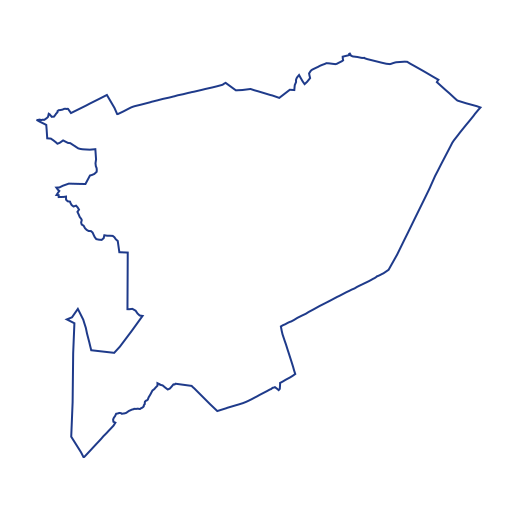 Naivasha, Rift Valley, Kenya, rotated 271°
{"feature_id": "3690345B62093807224644", "entity_name": "Naivasha", "entity_type": "district", "adm_level": 2, "iso_a3": "KEN", "parent_name": "Kenya", "parent_adm1": "Rift Valley", "projection": "mercator", "projection_center": [36.4, -0.881], "detail": "fine", "context": "isolated", "style": "outline", "palette": "blue", "viewbox_px": 512, "rotation_deg": 271, "n_neighbors": 0, "source": "geoboundaries", "source_scale": "gbopen_adm2", "svg_char_len": 5992}
<svg xmlns="http://www.w3.org/2000/svg" viewBox="0 0 512 512"><g transform="rotate(271 256 256)"><path d="M52.0,87.0L52.1,87.8L58.6,93.7L62.2,96.9L65.0,99.4L70.4,104.3L73.2,106.6L74.5,107.9L76.7,110.0L78.3,111.4L83.9,116.5L86.9,118.3L87.8,116.3L90.1,116.0L91.8,116.7L93.5,117.9L95.8,118.9L96.3,121.1L96.7,121.9L96.6,123.1L96.4,124.0L95.9,124.6L96.2,126.2L96.3,127.1L96.6,128.1L96.9,129.0L98.8,131.5L100.3,134.7L100.5,135.5L100.7,136.3L101.1,136.9L101.0,137.7L101.1,139.6L101.3,140.3L101.2,141.1L101.0,142.1L101.1,142.9L101.8,143.7L102.1,144.5L102.6,145.2L103.2,146.0L103.8,146.4L104.7,146.4L105.6,147.0L106.1,147.4L106.8,147.3L107.5,147.4L108.4,147.5L109.4,148.5L109.8,149.5L110.5,150.3L112.8,151.1L115.7,152.8L119.7,154.8L121.1,156.6L122.7,157.9L124.7,159.8L127.1,159.7L126.4,161.2L126.2,161.9L125.6,162.3L125.0,164.9L122.8,167.6L121.0,170.1L121.9,172.1L123.7,173.7L126.2,175.7L126.1,176.9L126.9,177.7L125.0,193.9L123.7,195.2L122.9,196.2L121.8,197.4L121.1,198.1L115.9,203.5L107.1,212.6L100.3,220.0L102.1,225.4L103.3,229.0L103.7,229.9L106.5,238.8L107.3,241.4L108.7,245.6L109.0,246.3L110.0,248.7L110.3,249.3L111.2,251.2L111.6,251.9L112.6,253.9L114.5,257.3L115.5,259.2L116.2,260.4L117.1,261.9L117.8,263.2L118.4,264.3L121.2,269.5L122.2,271.2L123.0,272.7L123.2,273.4L124.5,274.9L124.7,276.1L125.2,277.2L123.7,279.3L122.3,281.0L123.6,282.1L127.2,282.3L129.5,282.3L131.0,285.0L132.7,287.7L135.2,292.2L136.8,294.7L138.7,297.3L142.2,296.1L145.9,295.0L148.6,294.1L151.9,293.0L160.7,290.0L162.7,289.3L168.1,287.5L171.6,286.2L178.1,283.9L181.6,283.0L186.0,282.1L187.3,284.2L188.3,286.5L189.6,288.7L190.5,290.5L191.2,292.4L192.7,295.1L194.9,298.5L197.3,303.1L199.1,306.8L201.0,309.7L203.6,314.4L207.2,320.6L208.5,323.1L213.2,331.9L216.5,337.8L217.5,339.9L219.3,343.2L221.4,347.0L222.7,349.7L224.1,352.3L225.3,355.1L226.9,357.6L228.5,360.7L232.7,369.1L234.1,371.6L234.6,372.4L235.2,373.4L236.0,375.0L236.9,376.3L237.4,377.0L237.9,377.4L238.2,378.5L239.3,380.7L240.0,381.9L240.9,383.7L242.3,385.7L244.5,388.8L259.9,397.1L273.8,403.6L282.0,407.5L289.3,410.9L295.1,413.6L316.8,423.8L325.4,427.8L327.6,428.8L329.1,429.4L339.2,433.7L344.4,436.3L351.2,439.6L367.0,447.5L372.9,450.4L373.6,450.9L374.6,451.5L375.3,452.0L380.6,456.0L383.2,457.9L390.4,463.5L393.6,466.1L396.9,468.7L400.0,471.1L402.0,472.5L404.7,474.7L405.6,475.4L408.4,477.8L409.7,474.0L412.4,463.3L414.8,455.1L415.2,454.3L415.7,453.7L417.6,451.5L422.0,446.6L425.6,442.3L429.5,437.8L433.0,433.8L434.6,434.7L435.4,435.3L436.8,432.7L438.4,429.8L442.2,423.1L444.3,419.3L449.0,410.6L451.0,406.8L452.8,403.8L452.9,401.3L452.3,394.4L452.2,393.1L452.0,392.0L451.5,390.4L451.3,389.8L450.7,388.2L450.4,387.4L450.2,386.5L450.5,382.9L451.5,378.2L454.1,366.9L454.8,363.8L455.5,361.5L456.0,360.9L455.9,360.1L455.9,358.5L456.0,357.8L456.8,353.6L456.9,352.3L457.0,351.6L457.2,349.4L457.8,347.8L458.2,347.3L458.9,347.0L460.0,346.3L459.6,345.6L458.5,345.7L456.8,339.2L455.1,339.3L454.2,339.5L453.2,339.7L452.4,338.7L452.0,338.0L451.7,337.4L450.5,335.1L450.0,334.2L449.6,333.5L449.2,332.1L449.5,329.2L449.9,325.6L450.0,323.0L449.5,322.0L449.1,321.1L448.7,320.0L448.2,318.7L447.9,318.1L447.7,317.5L447.1,316.3L446.0,314.4L445.7,313.7L444.5,311.3L443.7,309.7L443.2,308.8L442.7,308.1L441.9,307.4L439.5,305.9L438.5,306.1L437.9,306.2L434.8,307.0L431.0,304.0L428.7,301.6L431.0,299.9L431.9,299.3L435.4,297.2L437.7,295.9L435.6,294.2L435.0,293.8L434.2,293.4L433.0,293.0L432.1,292.9L431.5,293.0L430.6,293.0L429.1,292.4L427.6,291.8L426.8,291.7L422.6,291.4L422.8,286.9L414.5,276.5L416.8,269.5L417.2,267.6L420.7,255.3L421.7,251.4L422.9,247.6L422.6,245.6L421.7,239.3L421.3,233.0L423.1,230.4L426.9,225.0L428.6,222.6L427.5,220.7L426.9,220.0L426.5,219.2L425.0,214.0L423.8,209.5L422.1,202.4L421.2,199.1L419.2,191.2L418.7,188.7L418.3,187.3L417.9,185.5L416.5,180.4L415.5,175.8L415.3,174.9L414.2,171.4L414.0,170.5L413.4,168.4L412.8,166.1L411.8,161.7L411.6,160.8L411.4,160.0L410.7,157.5L410.2,155.7L409.9,154.8L409.7,153.9L408.7,150.2L408.5,149.3L407.8,147.3L405.3,138.3L403.8,132.5L403.5,131.5L403.2,130.6L402.8,129.6L402.5,128.8L402.2,128.2L401.2,126.3L399.4,123.0L398.2,120.8L395.5,115.4L395.5,114.7L401.6,111.9L414.4,104.1L410.2,96.2L405.4,87.0L403.5,83.6L395.7,68.5L399.8,65.5L399.9,64.8L399.7,64.0L399.8,63.3L399.9,62.7L399.8,61.7L399.0,60.0L398.6,58.2L398.4,57.2L398.4,56.4L397.9,55.6L397.3,55.0L396.3,55.0L395.6,54.4L394.8,53.6L394.2,53.3L393.5,52.8L392.8,52.3L391.9,51.7L391.7,50.8L391.7,50.0L391.6,49.3L392.5,48.6L393.2,47.9L394.0,47.3L394.6,46.3L393.8,46.1L392.9,45.9L392.0,45.8L391.2,45.4L389.8,43.9L389.5,43.3L388.9,42.6L388.5,42.1L388.4,41.4L388.6,40.7L388.4,39.8L388.2,39.1L388.4,38.1L388.6,37.2L388.4,36.3L388.1,35.5L388.3,34.2L386.6,37.3L384.3,42.2L383.8,43.2L383.4,44.0L378.4,44.5L370.0,45.2L369.8,48.8L368.1,51.4L366.2,53.9L364.8,55.5L365.5,57.2L365.9,58.0L366.4,58.7L368.2,61.1L365.8,66.0L365.6,68.3L360.5,76.4L360.0,78.4L359.7,80.5L359.6,82.6L359.4,87.9L359.6,89.9L360.0,93.5L349.8,94.4L345.9,93.9L343.0,94.3L341.1,95.1L339.2,95.3L337.4,95.2L335.2,92.9L334.1,90.4L333.6,88.6L329.5,86.5L325.0,84.2L325.0,78.3L325.1,67.6L322.9,61.7L321.1,58.2L320.9,55.2L318.8,56.8L317.6,58.2L315.6,56.8L313.5,55.5L313.4,57.6L311.5,57.7L311.6,60.0L311.7,62.7L312.1,65.0L309.0,65.1L307.4,66.8L307.1,69.1L305.5,69.7L303.7,70.8L302.3,72.7L303.2,75.2L301.5,76.8L299.3,78.2L297.0,76.7L294.2,78.1L291.9,79.1L290.2,80.5L289.3,81.0L288.5,81.1L287.1,80.7L286.3,80.6L284.4,81.2L283.3,83.1L280.7,84.6L279.1,86.3L278.1,88.2L278.0,90.6L276.6,92.2L274.5,93.2L272.1,94.4L270.1,96.0L269.6,98.6L269.4,101.4L271.2,103.4L274.1,104.0L273.7,106.6L273.7,110.0L273.6,112.4L272.3,114.1L270.3,115.5L268.6,117.5L257.4,119.3L257.2,127.7L241.5,127.9L200.6,128.4L200.6,130.4L201.0,133.3L199.2,136.6L196.5,138.5L194.5,140.7L194.1,143.6L179.0,133.1L165.5,123.3L163.0,121.5L156.7,115.9L158.9,92.9L162.6,91.9L166.9,90.8L175.5,88.4L181.2,87.1L185.6,85.6L189.3,84.4L200.0,78.8L191.5,73.1L189.3,68.0L185.6,75.6L155.7,74.9L106.6,75.2L72.1,74.4L56.8,84.4L52.0,87.0Z" fill="none" stroke="#1e3a8a" stroke-width="2"/></g></svg>